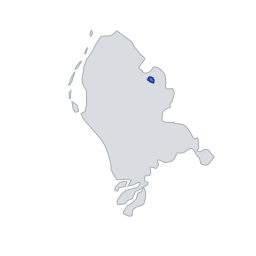 Almelo, Overijssel, Netherlands shown in context, rotated 306°
{"feature_id": "6326949B33573744184458", "entity_name": "Almelo", "entity_type": "district", "adm_level": 2, "iso_a3": "NLD", "parent_name": "Netherlands", "parent_adm1": "Overijssel", "projection": "orthographic", "projection_center": [6.653, 52.345], "detail": "fine", "context": "in_parent", "style": "filled", "palette": "blue", "viewbox_px": 256, "rotation_deg": 306, "n_neighbors": 0, "source": "geoboundaries", "source_scale": "gbopen_adm2", "svg_char_len": 4034}
<svg xmlns="http://www.w3.org/2000/svg" viewBox="0 0 256 256"><g transform="rotate(306 128 128)"><path d="M155.2,214.8L151.4,214.7L147.7,214.5L145.8,214.2L143.8,213.2L142.9,211.3L141.8,209.1L142.1,207.7L145.5,203.8L146.1,202.7L145.7,202.1L146.1,200.3L148.7,194.5L149.1,192.1L148.0,190.4L146.3,189.4L140.9,187.6L138.3,185.1L137.2,182.9L136.0,182.3L134.2,183.0L129.7,183.7L126.0,182.5L121.8,178.3L120.9,174.6L120.4,171.8L119.4,170.8L117.9,172.2L116.0,174.5L112.4,174.6L111.4,174.1L111.2,172.8L111.0,171.6L110.1,170.1L109.0,169.3L104.3,173.3L102.6,173.3L100.5,171.6L99.5,170.0L97.1,170.8L95.0,172.7L95.6,176.4L94.4,177.0L91.8,176.6L88.9,175.0L85.7,174.0L80.8,171.3L73.7,173.0L69.0,170.4L65.0,170.0L62.6,167.9L60.0,164.5L62.0,162.4L63.9,161.8L71.2,161.6L76.5,163.2L85.9,170.7L88.3,170.7L90.9,169.9L89.6,167.9L87.3,166.9L83.8,164.8L81.0,162.0L87.7,161.4L86.9,160.0L86.1,157.6L79.3,149.0L80.6,146.8L82.6,142.0L84.9,138.1L86.7,137.1L89.6,134.3L96.1,126.2L100.3,119.5L103.4,111.6L108.3,89.5L109.7,85.8L111.8,81.6L114.4,82.5L116.1,83.7L122.5,80.7L133.5,72.7L136.8,65.7L139.9,62.4L152.3,56.1L159.2,54.3L169.6,53.9L177.2,52.7L186.3,52.3L189.8,56.3L191.8,59.2L195.1,60.8L200.1,61.8L199.9,67.6L200.0,78.9L199.6,80.9L197.4,85.8L195.0,94.4L194.4,100.0L193.7,101.1L183.9,101.1L182.6,102.1L182.4,103.3L182.9,104.8L182.6,106.2L181.9,107.4L182.3,109.2L184.0,111.4L187.1,112.7L190.4,112.8L192.1,112.6L193.3,114.1L194.5,116.4L194.5,119.3L194.0,123.3L192.5,127.0L187.9,131.2L185.9,132.7L184.0,133.5L183.1,134.6L182.7,136.0L182.8,137.2L186.0,140.6L185.9,141.4L185.0,143.2L183.8,144.8L175.4,148.2L171.9,148.0L170.0,149.7L169.3,150.0L167.2,148.4L162.3,146.6L160.4,147.2L159.4,148.2L156.3,149.4L154.1,151.2L154.1,153.7L157.9,160.0L159.3,161.2L159.3,163.6L161.2,166.6L163.1,170.3L163.3,172.6L163.1,175.0L162.1,178.4L158.6,186.2L158.5,187.8L158.8,188.9L160.0,189.2L160.9,189.8L160.6,190.9L154.2,196.3L153.3,197.3L150.6,197.0L150.2,197.9L150.6,199.4L151.6,200.7L153.9,201.4L155.8,202.8L157.4,205.5L155.2,214.8ZM88.9,175.0L88.3,177.2L86.7,179.7L81.6,183.2L76.3,185.3L73.6,184.9L71.8,183.6L70.9,182.3L68.1,180.9L64.3,180.1L61.9,181.4L60.1,182.6L58.6,182.3L57.6,181.2L56.8,179.5L55.9,174.2L58.8,173.4L65.0,173.3L69.7,175.3L75.9,176.4L80.8,174.1L84.5,176.4L88.9,175.0ZM79.3,153.3L82.8,156.7L83.5,157.8L83.8,158.9L79.1,160.1L74.3,155.8L71.0,156.7L69.8,154.7L69.9,153.5L73.3,152.6L79.3,153.3ZM116.3,73.9L112.6,78.1L110.4,76.9L109.8,75.8L111.0,72.5L116.5,67.1L116.3,73.9ZM132.6,55.2L129.2,55.6L127.7,54.8L135.9,52.5L141.0,51.9L141.9,52.2L132.6,55.2ZM154.4,51.1L147.3,52.0L144.9,51.2L144.5,50.5L146.4,50.1L152.5,50.1L154.4,50.7L154.4,51.1ZM124.7,59.8L117.9,64.0L117.3,63.3L121.7,59.6L124.7,59.8ZM183.4,43.8L180.1,44.0L181.0,42.4L184.1,41.2L185.7,41.2L183.4,43.8ZM169.0,48.1L163.9,50.1L162.7,49.7L163.0,49.1L167.4,47.8L169.0,48.1Z" fill="#d9dde1" stroke="#a8b0b8" stroke-width="1"/><path d="M179.4,121.9L179.6,121.9L179.8,121.8L180.0,121.8L180.0,121.7L180.4,121.6L180.6,121.6L180.8,121.5L180.9,121.4L181.0,121.4L181.3,121.2L181.5,121.0L181.5,120.9L181.8,120.8L181.8,120.7L181.9,120.4L182.0,120.4L182.4,120.2L182.4,119.9L182.3,120.0L182.2,119.8L182.1,119.7L182.3,119.4L182.5,119.4L182.7,119.2L182.8,119.1L183.0,118.9L182.9,118.8L182.7,118.7L182.7,118.4L182.9,118.1L182.9,117.6L182.8,117.3L182.7,117.1L182.7,116.9L182.6,116.7L182.4,116.6L182.3,116.4L182.3,116.2L182.2,116.1L182.1,115.8L182.1,115.6L181.8,115.7L181.7,115.7L181.6,115.8L181.4,115.5L181.1,115.9L180.9,115.9L180.6,115.6L180.4,115.3L180.2,115.5L180.1,115.4L179.9,115.4L179.9,115.5L179.7,115.6L179.3,115.9L179.2,115.8L179.2,116.0L178.9,115.9L178.6,116.0L178.4,116.2L178.7,116.9L178.7,117.0L178.8,117.2L178.8,117.3L179.0,117.4L179.0,117.5L179.0,117.9L178.9,117.9L178.9,118.0L178.8,118.3L178.7,118.6L178.4,118.7L178.4,118.8L178.5,118.9L178.6,119.0L178.7,119.3L178.8,119.3L179.0,119.5L179.0,120.0L178.9,120.2L178.9,120.3L178.7,120.6L178.8,120.5L179.0,120.5L179.1,120.8L179.0,120.7L179.0,120.8L178.9,120.8L179.2,120.9L179.7,121.2L179.6,121.5L179.4,121.9Z" fill="#3b82f6" stroke="#1e3a8a" stroke-width="1.5"/></g></svg>